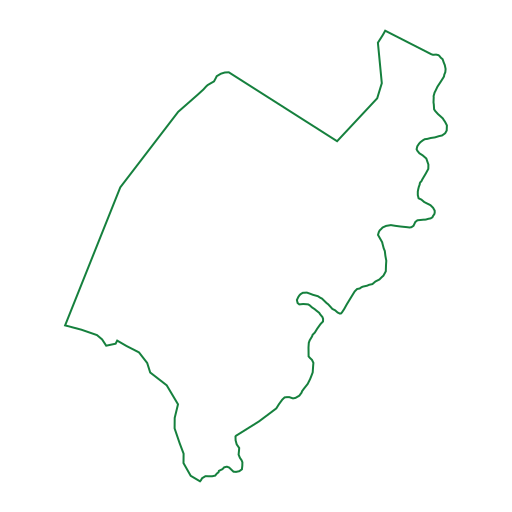 River Doree, Choiseul, Saint Lucia
{"feature_id": "8701671B82289109634820", "entity_name": "River Doree", "entity_type": "district", "adm_level": 2, "iso_a3": "LCA", "parent_name": "Saint Lucia", "parent_adm1": "Choiseul", "projection": "orthographic", "projection_center": [-61.034, 13.767], "detail": "fine", "context": "isolated", "style": "outline", "palette": "green", "viewbox_px": 512, "rotation_deg": 0, "n_neighbors": 0, "source": "geoboundaries", "source_scale": "gbopen_adm2", "svg_char_len": 3169}
<svg xmlns="http://www.w3.org/2000/svg" viewBox="0 0 512 512"><path d="M385.2,30.7L383.9,33.1L382.5,35.5L377.9,42.7L381.8,83.2L377.2,98.3L337.1,141.2L228.8,72.3L224.8,72.5L220.9,73.7L216.7,76.2L216.0,77.7L214.0,81.4L210.5,83.4L207.6,85.1L206.0,86.6L203.4,89.5L197.8,94.6L178.2,111.8L120.3,187.3L65.1,325.4L81.4,329.7L97.0,335.1L102.1,339.4L106.2,345.7L115.6,343.7L117.2,340.6L126.5,346.0L139.0,352.4L147.2,363.0L150.2,372.5L166.7,385.3L178.0,404.3L174.7,417.9L174.6,428.4L179.6,443.1L183.6,453.7L183.5,463.1L190.7,475.8L200.0,481.3L200.9,480.3L202.1,478.2L204.1,477.0L205.4,476.2L212.0,476.3L215.2,475.6L216.9,473.5L218.5,472.3L218.9,470.9L221.1,469.8L222.4,469.2L224.2,467.3L226.9,466.7L229.1,467.5L231.4,469.7L233.5,471.7L236.0,471.9L239.3,471.2L241.9,469.3L242.3,465.9L242.4,462.3L241.6,460.3L239.9,457.8L238.6,454.6L239.0,450.7L239.2,448.0L236.7,444.4L235.6,440.3L235.5,436.4L236.1,435.7L259.0,421.4L276.3,408.4L279.0,404.1L282.3,399.6L284.6,397.4L287.2,397.1L289.2,397.1L291.8,398.0L293.0,398.4L295.5,397.9L299.3,395.7L301.6,392.6L302.0,391.3L303.9,388.7L306.6,385.3L307.7,383.9L310.1,379.1L311.6,375.3L312.7,372.4L313.2,365.1L313.4,362.9L312.0,359.9L309.9,357.9L308.6,356.4L308.5,347.4L308.8,342.8L309.7,340.3L311.1,338.0L312.1,336.3L312.6,334.8L314.8,332.6L317.2,328.7L320.4,324.2L321.6,322.9L323.0,321.5L323.1,318.9L322.4,317.0L320.2,314.4L319.2,312.8L316.5,310.7L314.6,309.1L312.0,307.4L309.7,305.3L308.2,304.4L306.0,304.2L303.2,304.0L299.3,304.4L297.6,303.0L296.9,300.0L298.2,297.2L299.3,295.5L300.5,294.2L301.8,293.4L302.8,292.8L306.9,292.6L310.3,293.8L312.9,294.8L317.9,296.2L320.5,297.9L320.8,298.0L322.0,298.6L326.5,303.0L328.2,304.3L331.2,307.6L332.3,308.9L335.1,310.3L337.6,312.5L339.9,313.6L341.1,313.4L342.1,312.2L344.2,309.0L346.8,304.3L351.5,296.6L354.7,291.4L357.1,289.0L359.7,288.5L361.5,287.2L363.0,286.6L367.1,285.7L369.1,284.8L372.4,284.1L375.4,281.5L377.6,280.4L379.4,279.5L381.8,277.1L383.4,275.7L385.8,271.3L386.0,265.3L386.3,260.8L385.4,255.9L384.8,251.0L383.7,248.3L382.4,243.3L382.2,242.3L378.0,234.9L378.8,232.1L379.7,230.4L381.2,229.0L382.6,227.5L386.1,225.9L390.9,225.1L395.1,225.8L400.4,226.5L407.3,227.2L409.6,227.5L411.4,227.2L413.5,225.8L415.3,222.0L417.4,220.3L423.3,219.7L425.7,219.6L428.4,218.8L430.6,218.4L432.4,217.3L433.2,215.7L434.3,214.2L434.7,212.7L434.7,212.3L434.7,210.7L433.1,207.8L430.5,205.2L424.3,202.1L421.4,199.6L418.6,198.3L417.8,195.1L417.8,191.6L418.2,189.4L418.8,186.9L419.7,184.5L419.8,183.4L420.2,182.4L421.3,181.4L422.3,179.4L425.8,173.5L428.3,168.9L428.4,164.6L426.3,158.5L422.6,155.3L419.4,153.3L417.3,150.7L416.6,149.2L417.3,146.3L419.1,143.6L420.5,142.1L423.2,140.1L424.8,139.2L427.3,138.9L430.7,138.0L434.9,137.4L439.1,136.1L442.0,135.5L444.3,133.9L445.2,133.2L446.7,130.5L446.9,125.4L445.4,122.5L444.9,121.6L443.5,119.6L442.9,118.5L440.5,116.3L438.0,114.1L435.2,111.0L434.1,109.3L433.8,104.4L433.5,102.4L433.7,97.4L433.6,96.1L434.6,92.5L435.5,90.8L437.5,86.6L440.6,81.9L443.4,77.5L444.0,76.4L444.3,74.6L445.3,72.2L445.6,69.0L444.8,65.1L443.7,62.4L442.6,59.2L440.8,57.7L439.2,55.7L438.3,55.1L436.1,54.6L433.0,54.8L431.5,54.3L431.2,54.2L385.2,30.7Z" fill="none" stroke="#15803d" stroke-width="2"/></svg>